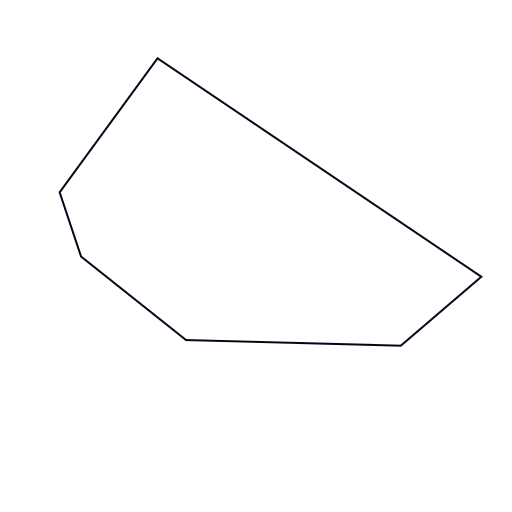 an SVG outline of Saint Martin, rotated 214°
{"feature_id": "MAF", "entity_name": "Saint Martin", "entity_type": "country or territory", "adm_level": 0, "iso_a3": "MAF", "parent_name": "North America", "parent_adm1": "", "projection": "equal_earth", "projection_center": [-63.051, 18.092], "detail": "fine", "context": "isolated", "style": "outline", "palette": "ink", "viewbox_px": 512, "rotation_deg": 214, "n_neighbors": 0, "source": "natural_earth", "source_scale": "50m", "svg_char_len": 248}
<svg xmlns="http://www.w3.org/2000/svg" viewBox="0 0 512 512"><g transform="rotate(214 256 256)"><path d="M448.2,364.8L57.6,364.8L85.8,262.6L267.0,147.2L400.7,157.7L454.4,199.0L448.2,364.8Z" fill="none" stroke="#020617" stroke-width="2"/></g></svg>